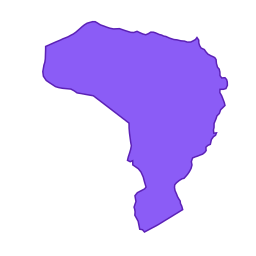 Barroquinha, Ceará, Brazil (Natural Earth projection), rotated 8°
{"feature_id": "56859067B84967197177731", "entity_name": "Barroquinha", "entity_type": "district", "adm_level": 2, "iso_a3": "BRA", "parent_name": "Brazil", "parent_adm1": "Ceará", "projection": "natural_earth1", "projection_center": [-41.162, -3.004], "detail": "fine", "context": "isolated", "style": "filled", "palette": "violet", "viewbox_px": 256, "rotation_deg": 8, "n_neighbors": 0, "source": "geoboundaries", "source_scale": "gbopen_adm2", "svg_char_len": 2056}
<svg xmlns="http://www.w3.org/2000/svg" viewBox="0 0 256 256"><g transform="rotate(8 128 128)"><path d="M72.6,100.3L89.2,100.9L104.3,109.4L128.3,123.0L128.7,125.3L129.1,128.0L130.2,132.9L132.8,142.2L133.8,145.1L133.6,148.9L133.1,152.3L132.3,156.7L132.0,160.1L134.9,161.1L137.2,159.7L137.9,163.9L143.9,166.9L147.0,169.8L149.9,174.4L151.8,179.0L154.1,184.0L152.9,186.0L146.3,190.7L144.3,194.1L146.1,199.7L145.0,205.5L146.0,207.7L146.7,210.1L146.9,213.4L151.0,218.9L153.7,226.6L156.5,226.7L158.8,228.7L171.1,219.7L193.5,201.2L192.1,197.9L190.5,195.5L189.8,193.0L188.3,191.3L186.6,189.1L185.3,186.7L183.3,183.5L182.3,180.4L182.2,177.7L183.7,175.4L186.0,172.9L188.5,170.8L190.5,170.0L192.0,167.8L193.4,165.6L194.8,162.8L196.1,159.2L196.5,155.7L195.4,152.5L196.1,148.7L198.6,147.2L200.7,146.2L202.9,144.9L205.5,143.5L207.4,141.5L208.5,139.5L207.8,136.2L209.5,134.1L211.8,132.7L212.2,127.8L213.8,124.8L215.7,123.0L216.3,120.5L213.7,121.2L212.9,118.1L213.1,115.4L212.6,111.5L213.8,107.0L214.4,103.6L216.4,100.9L217.2,97.0L219.3,94.3L220.9,92.2L219.8,89.4L218.2,86.5L216.3,83.1L214.0,80.1L213.7,76.9L217.1,76.4L219.5,75.3L220.5,71.9L219.9,68.6L218.9,66.3L217.0,64.7L213.8,65.4L211.8,63.3L211.2,59.8L210.1,57.0L208.2,55.4L206.6,51.8L205.7,48.0L204.1,46.2L202.1,45.5L199.9,44.9L196.8,43.7L194.4,41.6L192.7,39.7L189.2,38.6L187.5,36.5L186.3,34.0L185.8,31.1L183.7,28.8L182.5,31.0L180.4,32.6L178.2,34.1L174.9,34.7L171.8,34.1L168.3,34.3L164.3,33.9L161.1,34.0L156.6,33.2L152.8,32.1L150.5,32.0L148.4,31.3L146.1,31.1L142.2,30.0L139.9,29.6L137.2,29.9L135.1,31.7L132.6,33.2L129.5,32.8L125.9,31.8L123.5,31.0L120.5,32.6L117.4,32.9L111.4,31.9L105.7,30.8L100.0,31.9L96.1,31.7L92.4,31.0L90.3,30.5L86.3,29.7L83.0,28.2L80.7,27.3L78.2,27.6L76.3,28.4L72.9,29.9L70.5,31.9L68.5,34.0L66.5,36.4L63.1,40.3L60.8,42.5L58.5,44.1L56.0,46.0L53.4,47.5L51.2,48.7L48.7,50.4L44.9,52.6L35.1,58.7L35.5,61.8L36.5,71.1L36.5,74.4L36.0,77.5L35.8,84.0L37.0,88.5L40.4,92.3L44.0,94.1L50.4,97.1L53.5,97.6L57.7,97.8L66.0,97.4L69.6,98.7L72.6,100.3Z" fill="#8b5cf6" stroke="#5b21b6" stroke-width="1.5"/></g></svg>